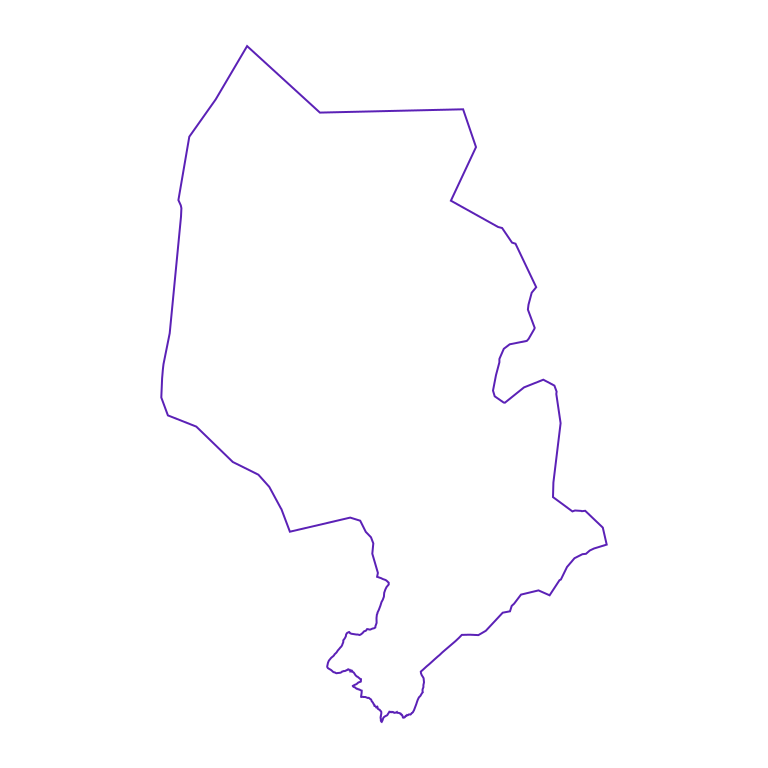 outline of Atiba, Oyo, Nigeria
{"feature_id": "59680162B537197556674", "entity_name": "Atiba", "entity_type": "district", "adm_level": 2, "iso_a3": "NGA", "parent_name": "Nigeria", "parent_adm1": "Oyo", "projection": "natural_earth1", "projection_center": [3.938, 8.041], "detail": "fine", "context": "isolated", "style": "outline", "palette": "violet", "viewbox_px": 768, "rotation_deg": 0, "n_neighbors": 0, "source": "geoboundaries", "source_scale": "gbopen_adm2", "svg_char_len": 5717}
<svg xmlns="http://www.w3.org/2000/svg" viewBox="0 0 768 768"><path d="M178.4,200.1L180.8,205.4L181.4,208.2L181.0,216.7L169.7,333.3L163.5,364.1L162.9,369.2L162.1,378.5L161.3,397.5L167.9,415.4L196.3,426.6L232.8,462.0L258.4,474.7L269.3,486.9L280.8,508.2L281.4,509.1L289.9,531.7L350.2,517.6L357.6,519.9L360.2,520.7L365.8,531.9L371.0,537.3L373.3,543.4L372.3,553.7L377.9,572.9L377.1,576.8L381.2,578.2L382.7,579.0L385.6,580.0L386.8,580.9L388.7,582.7L388.7,584.5L386.5,587.1L385.3,589.6L384.2,592.8L383.9,596.7L382.8,599.7L381.5,602.1L380.4,605.7L378.8,609.9L377.5,612.6L377.4,613.6L376.9,614.5L376.5,618.1L376.6,622.9L375.7,625.5L375.5,625.9L375.3,627.5L374.0,628.3L372.4,628.6L371.4,629.1L370.1,629.6L369.1,629.5L368.1,629.2L367.1,629.1L366.0,630.6L365.2,631.0L364.3,631.2L363.5,631.9L363.1,632.5L361.8,633.7L360.7,634.5L359.6,635.0L357.6,634.5L356.2,634.5L352.4,633.9L351.1,633.7L350.5,633.3L350.1,633.2L349.3,632.1L349.1,632.0L347.2,632.9L346.6,633.6L346.0,634.9L345.9,636.1L345.2,637.6L344.4,638.9L343.3,640.3L343.3,641.7L343.1,642.7L342.6,643.7L342.2,645.0L341.3,646.6L340.5,647.3L339.3,648.8L337.8,650.5L336.5,652.5L334.5,654.4L334.1,655.2L333.4,656.0L331.2,657.8L328.9,660.6L328.0,662.7L327.2,666.4L327.3,667.1L327.9,668.1L329.0,668.8L330.9,669.9L332.0,670.8L333.0,671.8L334.0,672.3L334.7,672.3L335.2,672.7L336.3,673.2L336.9,673.2L337.8,673.0L339.1,672.9L340.5,672.7L341.6,672.1L342.2,671.5L343.2,671.3L343.8,671.0L344.3,671.1L344.9,671.0L345.5,670.8L345.8,670.7L346.4,670.2L347.1,670.1L347.9,669.4L348.2,669.3L348.7,669.4L348.9,669.6L349.2,669.9L349.4,670.2L349.6,670.5L349.8,670.6L350.0,670.5L350.1,670.4L350.2,670.6L350.3,670.7L350.4,670.8L350.5,670.8L350.5,671.0L350.8,670.8L351.0,671.0L351.0,671.4L351.2,671.6L351.4,671.6L351.5,671.4L351.7,671.0L351.9,670.7L352.2,671.0L352.6,671.8L353.8,672.6L354.2,673.2L355.5,675.2L356.5,676.2L357.0,676.6L357.5,676.7L357.7,676.8L358.3,677.4L359.6,678.4L360.2,679.0L360.4,679.1L360.9,679.1L361.0,679.6L360.9,680.0L360.8,680.9L360.9,681.0L360.8,681.4L360.8,681.6L360.7,681.7L358.8,682.3L358.4,682.6L358.2,682.6L357.7,683.0L356.8,683.9L356.1,684.3L354.6,684.9L353.4,685.6L352.8,685.9L352.8,686.0L353.0,686.3L353.5,686.8L354.3,687.2L354.8,687.3L355.0,687.4L355.4,687.7L356.0,688.3L356.6,688.7L356.8,688.8L357.0,688.8L357.4,688.8L357.6,688.8L358.0,689.1L358.3,689.4L359.0,689.4L359.9,689.8L360.1,690.0L361.3,690.5L361.7,690.6L361.7,691.1L361.7,691.6L361.6,693.0L361.4,694.3L361.2,695.9L361.1,696.2L361.1,696.7L361.1,696.9L361.3,697.0L361.8,696.9L362.3,696.9L362.6,696.9L363.0,696.8L363.3,697.0L363.5,697.0L364.2,697.0L364.4,697.0L365.3,697.0L367.1,697.7L367.9,698.0L368.7,697.8L369.0,698.0L369.3,698.2L369.8,698.7L369.9,698.8L370.7,699.2L371.0,699.5L371.3,700.0L371.5,700.6L371.6,700.8L371.7,701.2L372.3,701.9L372.5,702.1L372.9,702.6L373.1,703.0L373.3,703.4L373.5,703.9L373.8,704.2L374.2,704.6L374.3,704.7L374.2,705.2L374.3,705.6L374.4,705.8L374.5,706.0L375.1,706.1L375.3,706.2L375.7,706.5L376.1,706.9L376.2,707.3L376.4,707.3L376.6,707.3L376.7,707.2L376.9,707.0L377.1,706.8L377.3,706.7L377.5,707.1L377.6,707.3L377.6,707.5L377.5,708.3L377.6,708.5L378.3,709.1L378.5,709.2L378.7,709.4L379.0,709.5L379.3,709.6L379.6,709.7L379.8,709.9L380.0,710.4L380.5,710.9L380.8,711.1L381.0,711.3L381.2,711.7L381.3,712.2L381.3,713.0L381.3,713.3L381.1,714.8L380.9,715.4L380.9,715.7L380.8,716.1L380.9,716.4L380.9,716.6L380.8,716.8L380.7,716.8L380.6,717.0L380.6,718.0L380.7,718.5L380.9,718.8L380.8,719.9L380.9,720.8L381.2,721.4L381.4,721.7L381.7,721.9L382.3,720.8L382.5,720.4L382.6,719.9L383.2,718.3L383.4,717.8L383.8,717.3L384.4,716.8L385.1,716.3L386.9,715.4L387.3,715.1L387.5,714.8L387.8,714.2L388.6,713.0L388.8,712.7L389.4,711.7L390.1,711.8L390.4,711.9L390.5,712.1L391.0,712.2L391.4,712.2L391.5,712.1L392.0,712.1L392.1,711.9L392.7,712.0L393.0,712.0L393.2,712.3L393.5,712.5L394.5,712.8L394.8,712.6L395.4,712.7L395.6,712.7L395.8,712.6L396.2,712.4L396.3,712.6L396.5,712.6L397.0,712.1L397.3,712.6L397.5,712.8L397.9,712.9L398.0,712.9L398.5,712.9L399.2,713.0L399.6,713.3L400.0,713.3L400.3,713.4L400.3,713.6L400.8,713.8L400.9,714.1L401.2,714.3L401.1,714.5L401.4,714.7L402.0,715.0L402.0,715.3L402.3,715.5L402.5,715.9L402.7,716.6L402.7,716.8L402.8,717.1L402.9,717.4L403.1,717.6L403.3,717.5L403.6,717.6L403.8,717.5L404.0,717.6L404.3,717.4L404.5,717.2L404.8,717.2L405.0,717.0L405.1,716.7L405.4,716.3L405.5,716.3L405.8,715.8L406.0,715.8L406.3,715.7L406.5,715.8L406.9,715.4L407.1,715.0L407.4,715.1L407.8,715.2L408.2,715.0L408.7,714.5L409.5,714.4L410.0,714.5L410.5,714.5L410.8,714.3L411.4,713.5L411.8,713.0L412.2,712.9L412.9,712.2L414.0,710.2L416.3,704.1L416.9,702.2L417.7,699.9L418.9,697.4L420.4,695.9L421.2,694.5L421.9,693.3L422.8,692.2L422.5,691.2L422.6,689.3L423.4,687.2L423.4,685.1L424.0,682.3L423.6,678.2L422.8,676.8L421.8,675.3L421.0,673.3L420.8,671.6L423.0,669.7L426.6,666.4L429.1,664.3L432.0,661.7L434.4,659.5L437.9,656.4L439.6,655.0L442.2,652.5L444.5,650.5L455.5,641.1L458.9,637.9L461.8,634.9L469.7,634.7L478.4,635.1L485.8,630.8L502.7,612.7L510.0,611.3L511.7,605.9L514.1,603.7L521.0,594.6L538.5,590.4L549.6,595.3L559.5,580.2L560.9,579.5L567.0,567.0L574.5,558.2L582.4,554.2L586.0,553.8L589.8,550.5L594.0,548.5L606.7,544.6L602.8,527.6L585.2,510.8L581.8,511.2L581.2,510.9L575.0,510.5L572.4,511.4L553.0,497.1L553.4,482.5L560.6,423.2L556.3,394.0L556.6,391.6L554.4,385.6L543.3,379.7L524.0,387.4L504.9,402.7L503.6,402.5L494.7,396.3L493.0,390.6L496.0,375.1L499.4,362.3L499.4,359.0L499.8,358.0L503.8,348.8L509.7,344.3L526.8,340.9L528.6,338.9L534.3,329.0L534.7,327.9L527.9,309.6L528.5,304.7L531.7,292.7L536.2,287.2L515.5,243.7L512.0,242.6L502.1,228.0L498.1,227.0L450.9,200.7L476.0,147.1L463.1,109.3L319.9,112.6L247.1,46.1L215.7,99.4L189.3,136.7L178.4,200.1Z" fill="none" stroke="#5b21b6" stroke-width="2"/></svg>